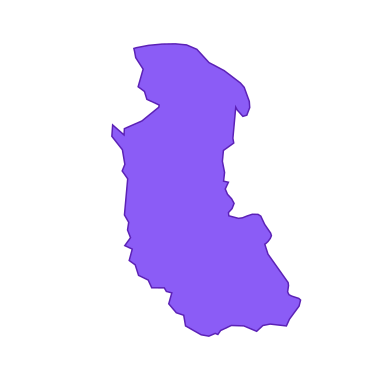 the District of Newry and Mourne, rotated 255°
{"feature_id": "GBR-2086", "entity_name": "Newry and Mourne", "entity_type": "District", "adm_level": 1, "iso_a3": "GBR", "parent_name": "United Kingdom", "parent_adm1": "", "projection": "albers", "projection_center": [-6.311, 54.156], "detail": "fine", "context": "isolated", "style": "filled", "palette": "violet", "viewbox_px": 384, "rotation_deg": 255, "n_neighbors": 0, "source": "natural_earth", "source_scale": "10m", "svg_char_len": 1368}
<svg xmlns="http://www.w3.org/2000/svg" viewBox="0 0 384 384"><g transform="rotate(255 192 192)"><path d="M59.5,268.9L54.1,265.9L44.0,253.3L38.2,248.5L44.2,233.3L44.7,225.9L40.7,218.4L49.3,207.3L52.9,195.4L50.8,183.8L47.7,180.1L49.4,177.8L48.4,171.0L51.7,163.9L64.3,151.1L75.1,152.1L79.4,145.6L90.0,140.6L99.8,146.4L102.6,141.5L106.6,140.4L109.9,128.3L118.3,126.9L125.3,118.8L136.3,118.3L142.1,113.6L152.3,119.5L157.6,113.2L163.8,120.8L172.0,119.9L179.1,123.0L187.3,120.8L221.4,133.3L230.4,130.0L236.1,134.3L250.8,135.7L266.5,129.0L277.3,132.7L264.7,141.1L270.7,143.1L273.6,162.0L282.5,181.9L284.5,182.8L293.2,172.4L301.4,172.1L307.6,167.2L323.3,176.6L336.3,172.4L342.4,172.9L345.7,173.0L345.8,175.4L344.9,187.9L342.6,201.5L339.4,214.3L335.5,224.8L328.6,233.6L312.6,241.9L300.9,254.5L284.7,267.0L279.6,269.5L264.7,270.8L258.6,269.6L252.0,264.8L251.9,260.7L259.5,256.9L262.6,256.2L233.3,245.4L228.5,245.0L224.0,233.1L213.8,229.3L202.4,228.5L194.3,225.3L192.0,229.7L186.3,224.9L180.6,225.7L175.2,228.5L170.1,229.7L165.6,226.4L162.7,221.9L159.5,221.4L154.5,230.1L154.0,234.1L154.6,239.1L154.9,244.5L153.3,250.0L150.9,252.2L141.9,253.8L132.0,257.3L129.3,257.4L126.9,255.6L124.6,252.7L123.1,250.0L122.8,248.8L112.3,249.3L79.6,261.4L76.6,261.0L70.8,258.5L67.7,259.1L65.7,261.3L63.8,264.2L61.6,267.6L59.5,268.9Z" fill="#8b5cf6" stroke="#5b21b6" stroke-width="1.5"/></g></svg>